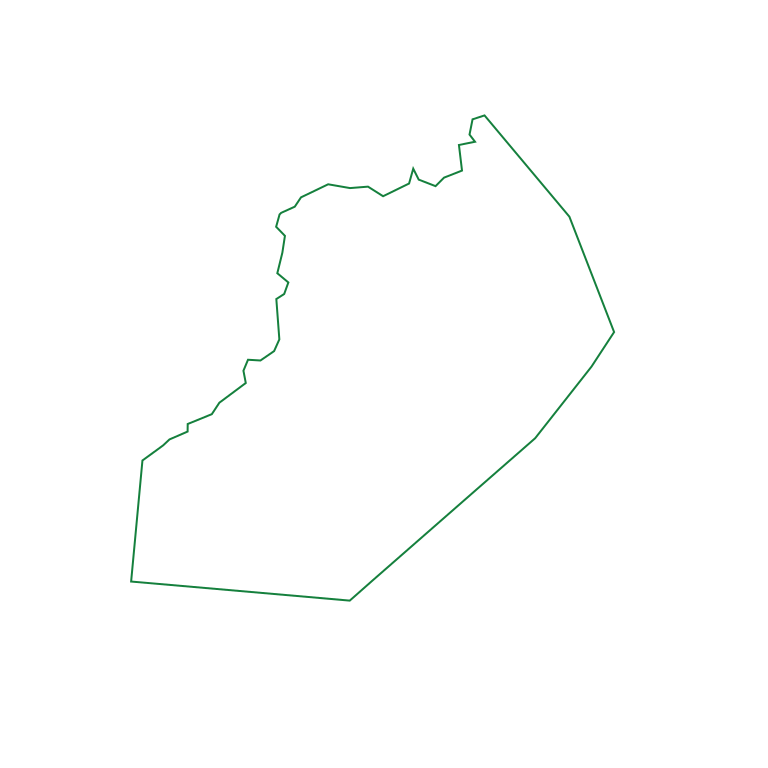 outline of Williamson, Texas, United States of America, rotated 115°
{"feature_id": "52423323B40503008253426", "entity_name": "Williamson", "entity_type": "district", "adm_level": 2, "iso_a3": "USA", "parent_name": "United States of America", "parent_adm1": "Texas", "projection": "orthographic", "projection_center": [-97.689, 30.655], "detail": "fine", "context": "isolated", "style": "outline", "palette": "green", "viewbox_px": 768, "rotation_deg": 115, "n_neighbors": 0, "source": "geoboundaries", "source_scale": "gbopen_adm2", "svg_char_len": 741}
<svg xmlns="http://www.w3.org/2000/svg" viewBox="0 0 768 768"><g transform="rotate(115 384 384)"><path d="M555.4,570.6L669.9,529.7L594.8,323.5L566.6,311.2L440.6,255.6L369.3,224.1L280.6,203.3L239.7,197.4L154.0,286.7L98.1,406.4L106.7,415.6L121.8,411.9L126.0,403.9L135.7,417.1L157.6,403.5L171.6,416.8L182.9,420.9L184.1,438.9L176.5,448.5L191.7,446.0L214.2,464.2L211.9,481.9L220.8,497.6L226.6,519.0L249.9,538.1L261.0,539.8L272.3,549.5L274.5,550.3L287.1,548.2L291.6,536.4L308.0,531.6L328.7,527.5L332.4,513.6L344.6,512.5L352.5,517.5L387.8,497.7L400.6,497.5L414.9,505.9L419.5,517.5L431.4,517.0L441.5,509.7L470.5,525.3L484.1,527.3L503.2,545.0L510.1,541.9L524.9,555.0L532.9,558.2L555.4,570.6Z" fill="none" stroke="#15803d" stroke-width="2"/></g></svg>